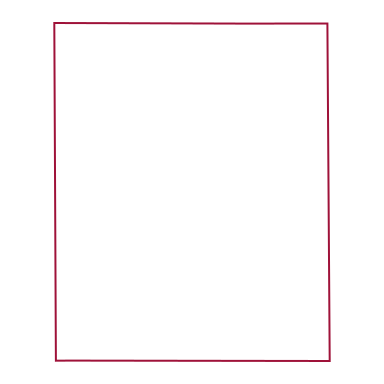 outline of Scott, Kansas, United States of America
{"feature_id": "52423323B73647157013897", "entity_name": "Scott", "entity_type": "district", "adm_level": 2, "iso_a3": "USA", "parent_name": "United States of America", "parent_adm1": "Kansas", "projection": "natural_earth1", "projection_center": [-100.891, 38.482], "detail": "fine", "context": "isolated", "style": "outline", "palette": "rose", "viewbox_px": 384, "rotation_deg": 0, "n_neighbors": 0, "source": "geoboundaries", "source_scale": "gbopen_adm2", "svg_char_len": 204}
<svg xmlns="http://www.w3.org/2000/svg" viewBox="0 0 384 384"><path d="M327.4,23.5L246.3,23.6L54.3,23.0L55.9,360.7L69.7,360.6L329.7,361.0L327.4,23.5Z" fill="none" stroke="#9f1239" stroke-width="2"/></svg>